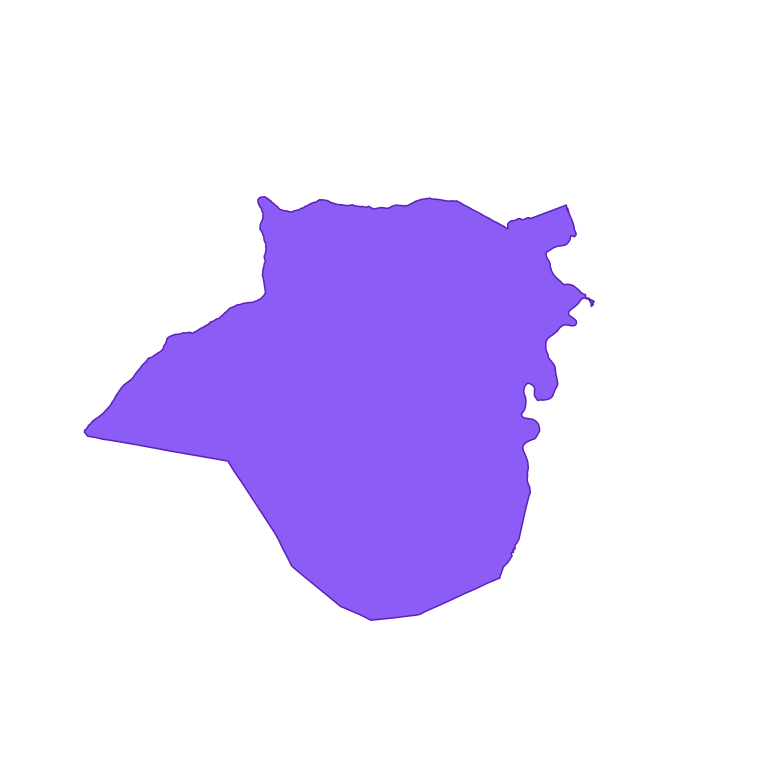 outline of Kanel, Matam, Senegal, rotated 48°
{"feature_id": "50182788B72122084264725", "entity_name": "Kanel", "entity_type": "district", "adm_level": 2, "iso_a3": "SEN", "parent_name": "Senegal", "parent_adm1": "Matam", "projection": "albers", "projection_center": [-13.164, 15.01], "detail": "fine", "context": "isolated", "style": "filled", "palette": "violet", "viewbox_px": 768, "rotation_deg": 48, "n_neighbors": 0, "source": "geoboundaries", "source_scale": "gbopen_adm2", "svg_char_len": 6158}
<svg xmlns="http://www.w3.org/2000/svg" viewBox="0 0 768 768"><g transform="rotate(48 384 384)"><path d="M573.6,365.1L564.0,350.9L563.0,348.6L562.3,347.7L558.1,344.8L553.6,343.2L551.8,342.3L550.3,341.0L548.4,338.8L545.9,336.8L543.0,333.0L538.5,329.6L536.7,328.6L530.9,326.3L526.7,325.1L524.0,323.3L523.1,321.9L522.7,320.5L522.5,317.8L523.9,312.4L525.4,309.2L525.6,308.4L525.2,306.0L523.3,300.6L522.7,299.4L521.9,298.8L520.0,297.5L517.1,296.1L514.9,295.9L512.6,296.2L510.4,296.8L509.5,297.3L503.0,302.5L501.3,303.0L499.7,302.7L498.6,302.1L498.2,301.5L498.0,300.9L497.9,299.3L496.6,295.7L495.0,293.5L492.3,290.5L488.5,287.7L485.3,286.6L482.8,285.0L480.4,281.9L479.5,279.2L479.6,276.9L480.5,275.9L482.0,275.0L485.2,274.3L487.9,274.8L490.2,277.2L493.1,279.8L494.3,280.2L497.8,280.7L498.7,280.8L499.3,280.5L499.7,280.1L500.1,278.9L500.7,278.1L502.1,277.0L504.6,273.3L506.0,270.1L505.9,267.5L505.7,266.5L503.0,261.4L501.1,256.0L499.9,254.6L496.0,252.0L491.2,249.4L486.4,245.8L483.5,244.7L474.6,244.1L471.4,242.3L467.0,240.7L462.5,237.1L460.9,235.0L459.8,232.2L459.8,228.9L460.3,226.7L460.6,221.6L460.6,219.7L459.8,215.8L460.1,211.7L460.9,210.0L464.1,207.2L466.6,205.4L467.6,204.1L468.1,203.0L468.2,201.8L467.6,200.2L465.4,198.8L462.5,199.1L458.0,200.2L456.8,200.3L455.2,199.8L454.0,198.2L453.7,197.1L453.7,195.9L454.3,189.3L454.1,185.0L453.0,181.0L453.9,177.3L455.3,177.0L457.4,175.6L459.3,175.0L460.3,175.8L462.6,175.9L463.9,177.3L464.9,177.8L465.1,175.5L464.4,174.9L463.3,174.7L462.7,173.7L463.5,173.3L463.5,172.9L462.4,172.8L459.0,174.2L457.7,174.3L456.6,174.7L456.1,175.9L455.4,176.2L454.5,176.0L453.3,175.0L452.1,174.6L451.8,175.0L449.9,175.8L447.5,176.6L446.6,176.3L444.2,176.4L438.7,177.3L436.8,177.8L433.7,179.9L432.5,181.1L431.0,183.2L430.4,183.6L428.4,184.2L426.1,184.1L420.3,184.9L416.0,184.7L412.6,184.0L407.9,181.8L406.3,180.5L404.6,179.7L402.3,179.0L398.9,178.4L397.3,177.7L395.7,176.5L395.0,175.5L394.9,173.5L395.4,172.1L396.0,167.6L396.7,165.3L397.9,162.6L401.5,157.4L402.1,156.0L402.3,154.4L402.1,152.2L401.5,150.0L401.1,149.0L399.5,147.0L399.1,145.6L399.2,145.3L400.9,144.6L401.8,144.0L402.0,143.4L401.8,141.7L400.6,140.5L396.2,139.0L394.2,137.5L390.2,135.5L380.8,132.2L376.3,129.9L376.0,130.1L376.1,130.4L376.6,130.9L377.8,131.3L378.0,131.7L377.1,131.4L375.4,130.6L374.3,129.5L373.0,128.9L359.0,164.6L358.0,164.7L357.3,165.2L356.4,166.4L355.2,170.4L353.6,171.9L352.7,172.0L351.8,172.5L351.1,173.5L350.7,174.1L350.9,175.1L349.7,177.7L349.7,178.4L348.4,179.3L347.6,181.5L347.5,183.4L348.1,185.2L351.3,187.8L351.9,188.0L350.7,188.2L349.9,188.9L347.5,189.3L338.7,192.5L337.1,193.3L331.2,195.1L326.3,197.0L321.5,198.5L313.0,201.8L311.6,202.1L303.1,205.3L301.5,205.6L296.3,207.6L295.3,209.4L293.8,210.4L293.3,211.3L292.5,211.9L291.1,213.9L282.9,220.4L281.9,221.4L281.0,222.0L279.2,224.2L276.3,225.7L275.5,227.6L274.6,228.3L273.9,229.9L272.1,232.1L269.3,238.6L267.1,247.5L266.3,248.1L265.4,249.6L263.1,251.5L261.1,253.6L259.7,254.7L258.6,256.0L257.2,259.5L256.7,262.0L255.5,264.1L254.8,264.9L253.0,266.1L250.6,268.5L247.4,273.9L246.3,275.1L245.4,275.1L244.3,275.7L242.6,276.1L241.7,276.6L240.5,279.2L239.6,280.1L237.8,281.0L237.2,281.6L236.8,282.7L235.8,283.2L234.6,284.6L233.1,285.4L231.5,286.8L230.3,287.1L228.7,289.0L227.2,291.6L224.3,294.2L223.0,295.0L222.4,295.7L222.0,295.7L221.6,296.8L216.8,300.2L215.8,300.4L215.0,301.3L213.7,301.9L213.0,302.5L212.5,302.2L209.7,303.4L205.7,306.6L204.9,308.1L204.3,308.1L203.9,308.6L203.2,313.3L202.6,313.8L201.6,315.6L201.2,317.4L200.8,318.0L200.1,321.8L199.2,324.0L199.3,325.1L198.8,326.9L197.8,328.4L197.9,329.7L194.8,335.9L194.8,336.8L194.3,337.5L192.9,338.9L190.2,340.5L187.9,342.8L186.0,343.5L185.0,344.4L183.4,344.7L181.4,344.5L176.1,345.4L175.4,345.2L174.0,345.8L173.0,345.8L172.6,345.5L171.9,346.1L169.9,346.0L169.0,346.4L168.6,346.2L167.6,346.7L165.2,347.2L164.5,348.4L163.8,348.9L162.7,350.8L162.3,352.6L162.9,354.6L164.1,355.2L164.6,356.0L165.9,356.6L169.8,357.7L171.0,357.6L174.1,359.0L174.5,358.9L175.2,359.4L175.8,359.3L177.2,360.5L177.9,361.5L178.9,362.0L180.7,364.6L182.1,368.1L182.8,369.4L185.9,372.5L190.0,373.2L190.8,373.4L192.0,374.2L193.6,374.5L196.9,376.8L200.8,378.2L201.7,378.7L202.5,379.9L204.6,381.0L205.4,382.3L206.7,383.5L207.3,384.7L208.8,386.5L208.6,387.1L209.5,388.1L213.9,390.4L214.4,392.4L216.3,394.7L218.1,397.6L220.3,399.6L221.3,401.1L222.6,402.0L225.7,403.5L230.6,406.9L233.0,408.3L236.9,411.1L237.8,414.0L238.2,418.4L237.8,420.3L237.4,421.0L237.0,423.4L236.0,425.0L235.4,427.2L233.4,429.4L230.4,433.9L228.3,438.3L226.8,440.4L226.3,443.2L224.5,447.9L224.8,453.2L224.5,455.0L224.8,455.9L224.7,461.1L224.9,462.3L223.8,464.6L222.9,469.5L222.1,470.8L221.8,472.0L222.2,474.3L222.1,475.2L221.5,476.5L220.8,480.8L220.1,482.5L219.2,488.0L218.5,490.5L218.4,491.8L217.7,492.7L216.5,493.1L214.6,495.0L214.1,496.5L211.7,498.9L210.3,502.2L207.3,506.3L206.5,508.2L205.3,511.5L205.0,513.6L205.2,515.0L207.0,517.7L208.2,520.4L208.3,522.1L209.7,524.1L210.2,525.5L210.3,528.6L209.6,531.4L209.5,533.9L209.0,535.0L209.1,536.4L208.9,537.6L208.7,538.9L207.4,541.1L207.3,543.1L207.9,544.7L208.2,546.8L208.3,551.4L209.1,554.7L209.8,560.2L211.4,566.7L211.5,569.5L210.7,577.5L211.1,581.4L213.0,589.4L213.5,591.5L214.9,594.5L215.5,597.8L216.6,600.8L217.0,603.2L217.6,610.6L217.9,611.5L217.5,618.7L216.8,622.5L216.7,625.9L217.3,628.8L217.1,630.5L217.3,631.9L218.2,634.4L218.1,637.4L219.2,638.8L224.6,639.1L230.7,634.2L236.9,629.9L243.2,624.6L261.7,610.0L293.0,586.0L336.8,551.6L349.4,553.9L361.8,555.5L421.8,564.9L430.1,566.8L437.1,569.0L447.1,571.5L457.5,574.4L467.4,573.1L520.3,565.1L540.5,555.7L550.8,551.8L565.0,532.3L578.5,512.9L579.3,511.2L580.6,505.8L586.2,488.7L593.7,464.4L597.7,452.3L601.2,440.4L604.9,429.7L605.7,428.3L605.3,427.2L603.9,425.6L603.7,424.6L602.1,422.0L601.2,419.9L600.5,419.1L599.7,417.2L599.9,415.8L599.5,414.4L599.6,413.3L599.4,412.8L599.7,411.7L599.1,410.5L599.0,409.0L597.8,405.2L597.8,404.6L597.2,403.7L594.7,402.7L594.7,401.7L595.7,400.6L594.9,399.7L594.2,399.6L593.5,398.9L593.3,397.8L593.8,397.9L593.6,397.5L594.1,397.2L594.1,396.7L591.5,394.7L591.2,393.8L591.3,392.0L590.6,390.8L589.8,387.8L573.6,365.1Z" fill="#8b5cf6" stroke="#5b21b6" stroke-width="1.5"/></g></svg>